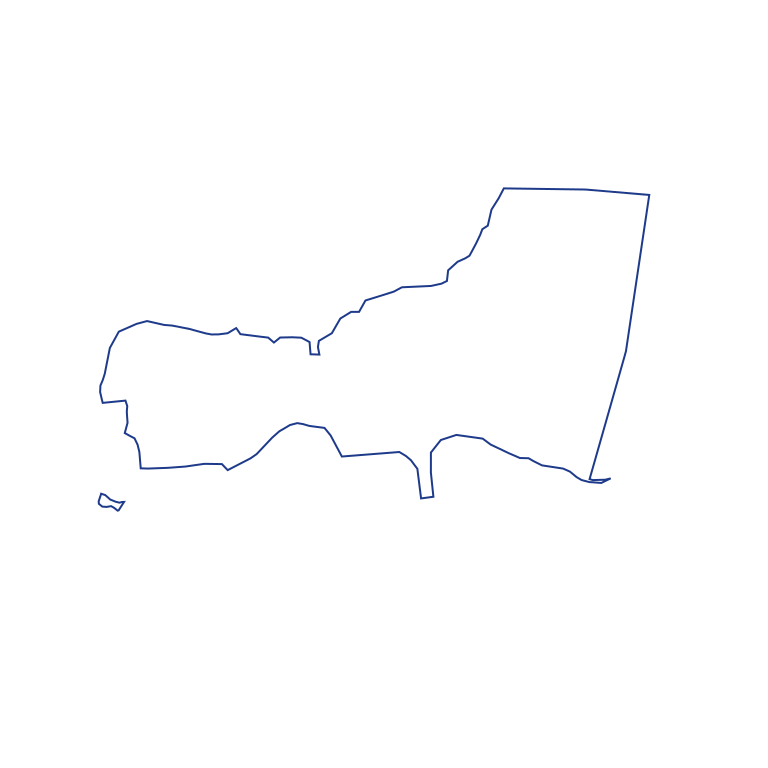 Meyuns, Koror, Palau (orthographic projection), rotated 164°
{"feature_id": "81905179B89717668575285", "entity_name": "Meyuns", "entity_type": "district", "adm_level": 2, "iso_a3": "PLW", "parent_name": "Palau", "parent_adm1": "Koror", "projection": "orthographic", "projection_center": [134.46, 7.354], "detail": "fine", "context": "isolated", "style": "outline", "palette": "blue", "viewbox_px": 768, "rotation_deg": 164, "n_neighbors": 0, "source": "geoboundaries", "source_scale": "gbopen_adm2", "svg_char_len": 2122}
<svg xmlns="http://www.w3.org/2000/svg" viewBox="0 0 768 768"><g transform="rotate(164 384 384)"><path d="M232.6,522.0L240.6,507.6L246.8,505.7L250.4,500.9L252.6,498.4L256.4,494.1L261.6,488.7L266.4,483.8L268.8,483.1L271.4,482.4L279.6,481.2L291.0,475.6L295.1,465.7L301.1,464.6L311.8,465.3L340.0,472.0L340.8,471.9L349.1,470.1L368.6,469.6L378.8,469.4L388.1,460.2L395.7,462.4L407.9,459.0L416.3,450.9L420.1,447.2L434.7,443.4L437.3,437.8L437.6,434.6L438.0,430.1L446.4,432.8L445.2,438.9L444.0,444.8L445.8,446.6L450.7,451.3L459.3,454.2L471.0,457.3L477.4,454.6L478.4,454.2L480.9,458.0L482.5,460.5L490.1,463.7L508.3,471.5L510.3,477.5L510.7,478.5L512.2,478.1L520.3,475.9L529.3,477.3L536.3,479.2L538.8,480.5L541.1,481.6L551.2,487.7L555.4,490.3L571.4,498.5L579.1,501.4L594.4,509.8L605.3,510.0L624.5,507.4L637.6,494.2L649.6,470.8L652.0,467.2L652.9,465.8L654.3,464.0L657.0,460.7L659.1,454.5L659.5,446.8L659.6,443.4L637.1,439.3L637.0,436.5L636.9,433.5L638.0,430.6L638.8,428.5L639.5,425.5L641.2,417.4L646.7,408.3L642.2,403.8L638.8,400.6L637.6,393.6L637.9,386.1L641.1,370.0L634.3,367.8L614.9,363.0L597.7,359.4L578.8,356.8L572.5,354.9L561.9,351.7L558.0,344.3L532.9,349.3L525.8,351.7L506.2,363.3L497.6,367.4L492.0,368.8L485.6,370.5L482.3,370.4L478.2,370.3L472.9,367.8L467.7,364.5L466.0,363.7L453.3,358.2L449.5,349.3L444.5,325.9L388.0,314.4L382.8,308.8L379.1,303.3L376.7,296.9L375.3,293.3L379.9,263.8L377.9,263.5L367.6,262.0L363.3,286.2L362.6,288.5L357.8,305.2L352.2,309.2L344.8,314.5L328.5,315.1L304.2,304.3L298.2,296.4L282.9,282.9L276.9,278.0L273.8,275.4L265.5,272.8L261.6,268.7L254.5,262.2L235.1,253.3L229.4,248.5L224.6,241.5L223.4,240.2L220.5,237.2L213.6,233.1L209.4,231.6L206.5,230.5L202.4,229.0L192.1,230.8L197.7,231.0L209.8,234.1L212.6,235.9L204.8,248.4L172.8,299.8L145.4,343.9L142.4,348.8L76.9,492.6L136.7,515.4L214.9,539.0L222.3,531.2L232.6,522.0ZM677.5,339.3L675.0,335.7L673.9,335.7L673.0,336.5L666.4,342.3L668.4,342.8L670.9,342.8L673.9,344.5L674.4,344.8L679.0,348.4L682.5,354.0L686.1,356.5L687.1,355.0L690.6,349.9L691.1,347.4L688.6,343.8L684.5,342.3L680.0,341.8L677.5,339.3Z" fill="none" stroke="#1e3a8a" stroke-width="2"/></g></svg>